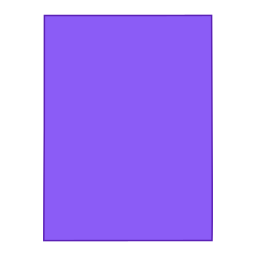 the district of Steele, Minnesota, United States of America
{"feature_id": "52423323B73087717945589", "entity_name": "Steele", "entity_type": "district", "adm_level": 2, "iso_a3": "USA", "parent_name": "United States of America", "parent_adm1": "Minnesota", "projection": "orthographic", "projection_center": [-93.185, 44.022], "detail": "fine", "context": "isolated", "style": "filled", "palette": "violet", "viewbox_px": 256, "rotation_deg": 0, "n_neighbors": 0, "source": "geoboundaries", "source_scale": "gbopen_adm2", "svg_char_len": 280}
<svg xmlns="http://www.w3.org/2000/svg" viewBox="0 0 256 256"><path d="M212.0,240.5L212.1,234.4L212.2,221.4L212.2,184.1L211.6,15.4L157.7,15.5L100.1,15.5L44.4,15.5L44.3,128.3L44.0,184.4L43.8,240.6L210.3,240.5L212.0,240.5Z" fill="#8b5cf6" stroke="#5b21b6" stroke-width="1.5"/></svg>